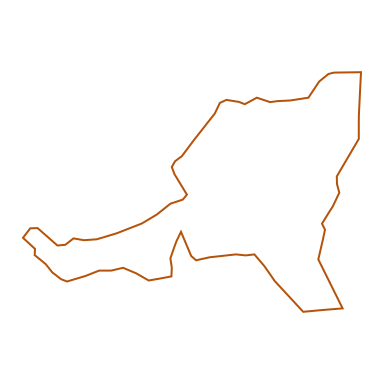 the district of Brejinho, Pernambuco, Brazil
{"feature_id": "56859067B9303192166892", "entity_name": "Brejinho", "entity_type": "district", "adm_level": 2, "iso_a3": "BRA", "parent_name": "Brazil", "parent_adm1": "Pernambuco", "projection": "mercator", "projection_center": [-37.342, -7.335], "detail": "fine", "context": "isolated", "style": "outline", "palette": "amber", "viewbox_px": 384, "rotation_deg": 0, "n_neighbors": 0, "source": "geoboundaries", "source_scale": "gbopen_adm2", "svg_char_len": 1038}
<svg xmlns="http://www.w3.org/2000/svg" viewBox="0 0 384 384"><path d="M23.0,237.8L35.0,248.9L34.7,255.1L45.7,264.1L52.3,272.4L61.1,279.2L67.0,281.5L85.7,275.9L93.0,273.0L99.2,270.6L111.2,270.6L123.1,267.8L136.3,273.4L148.7,280.5L159.7,278.6L171.4,276.4L171.8,267.8L170.4,258.4L174.2,247.3L176.6,240.9L181.0,231.8L191.2,256.0L196.1,260.3L209.5,257.3L235.9,254.4L245.8,255.4L254.4,254.4L264.2,265.9L270.3,274.6L274.6,280.9L303.2,311.8L322.6,310.0L342.6,308.4L318.3,259.4L322.9,239.6L325.0,229.7L322.0,223.7L329.0,212.3L332.8,206.4L339.3,192.7L337.0,184.1L336.8,176.4L358.8,138.9L358.8,121.8L358.9,114.4L361.0,72.2L333.9,72.6L328.4,74.0L319.2,81.5L308.4,97.7L290.1,100.5L277.7,101.1L270.1,102.1L256.8,97.7L244.8,104.2L238.9,101.9L226.4,99.9L219.9,102.9L214.8,113.5L193.9,140.1L181.9,156.1L175.1,161.2L171.8,167.0L174.5,174.2L186.9,194.6L182.8,199.6L170.4,203.7L157.0,214.4L141.8,223.5L116.7,233.3L96.7,239.3L83.9,240.2L73.5,238.4L65.3,244.8L57.4,245.5L37.6,228.1L30.3,228.3L23.0,237.8Z" fill="none" stroke="#b45309" stroke-width="2"/></svg>